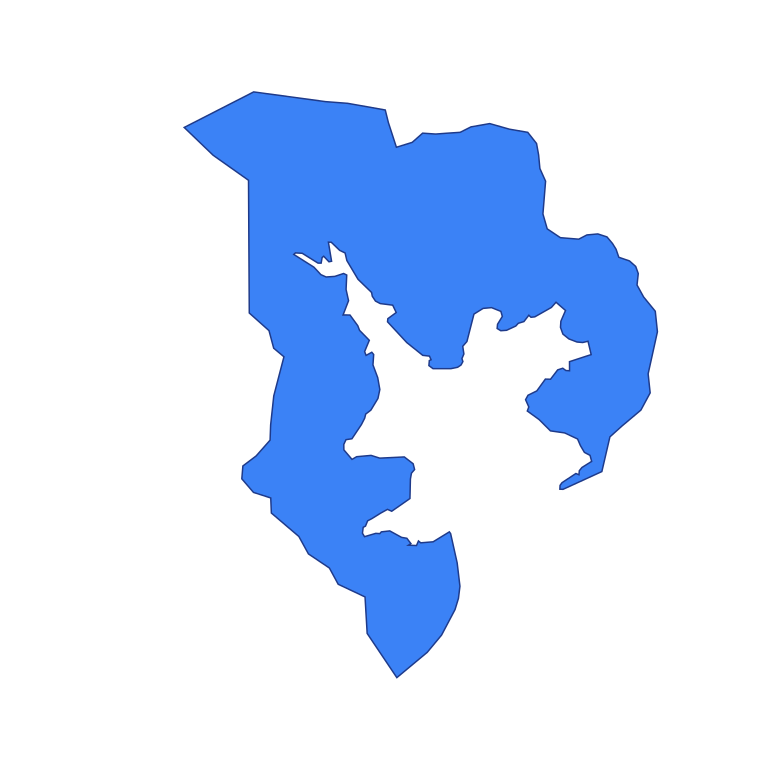 Wouri, Littoral, Cameroon, rotated 285°
{"feature_id": "32672807B59545531100821", "entity_name": "Wouri", "entity_type": "district", "adm_level": 2, "iso_a3": "CMR", "parent_name": "Cameroon", "parent_adm1": "Littoral", "projection": "orthographic", "projection_center": [9.63, 4.004], "detail": "fine", "context": "isolated", "style": "filled", "palette": "blue", "viewbox_px": 768, "rotation_deg": 285, "n_neighbors": 0, "source": "geoboundaries", "source_scale": "gbopen_adm2", "svg_char_len": 2967}
<svg xmlns="http://www.w3.org/2000/svg" viewBox="0 0 768 768"><g transform="rotate(285 384 384)"><path d="M281.4,279.1L268.3,268.9L255.6,271.2L245.5,286.0L244.6,304.1L230.2,308.6L214.7,341.2L200.3,355.0L192.1,378.9L178.7,391.6L173.4,420.8L138.7,432.3L103.7,472.4L136.0,495.2L156.4,504.6L164.3,506.4L184.5,511.0L196.2,511.4L208.3,509.7L230.1,501.0L256.7,487.1L258.1,485.4L244.3,472.3L240.1,460.6L241.3,457.9L236.4,457.2L234.6,449.3L236.8,451.3L240.9,446.0L240.4,440.7L243.6,427.6L240.5,419.7L238.4,418.7L237.6,414.7L231.5,404.7L234.3,401.8L240.2,401.0L241.9,402.9L247.6,403.6L250.7,407.0L258.1,413.9L263.8,419.8L263.1,424.4L280.1,438.7L299.1,434.1L305.0,433.6L309.3,435.7L314.5,432.8L318.8,422.5L311.3,399.1L311.7,390.0L306.7,376.4L306.3,376.0L302.9,372.6L310.0,362.3L315.2,360.8L320.4,361.7L322.8,367.2L339.0,372.7L346.0,374.2L350.2,374.1L355.4,378.1L368.5,381.9L377.6,381.4L388.5,376.3L399.6,368.4L409.8,366.4L411.5,364.0L407.0,359.3L410.3,356.9L422.4,358.5L429.5,346.5L433.5,343.6L441.8,333.3L441.0,330.0L440.1,326.6L455.3,328.2L465.5,322.9L479.6,319.8L480.3,316.4L475.2,308.6L472.4,300.4L473.3,294.7L478.7,286.1L485.8,263.3L487.7,264.5L489.1,271.2L483.7,288.9L484.5,292.0L490.2,291.5L491.8,292.7L487.8,299.2L489.0,301.6L506.6,293.6L507.3,296.3L501.6,306.6L500.5,312.5L493.6,316.2L478.4,331.8L469.2,348.3L465.7,350.0L461.9,354.3L460.7,359.6L462.4,372.0L456.2,377.3L448.1,370.8L445.0,371.3L429.9,395.3L421.7,414.0L422.7,420.7L419.6,423.2L418.4,421.7L413.4,422.6L411.5,427.4L416.1,444.6L419.2,450.8L422.3,453.5L426.1,454.4L428.7,452.7L433.7,453.4L440.8,450.3L446.5,453.1L474.8,452.8L477.9,455.7L482.7,460.2L485.6,468.1L484.4,478.1L479.9,480.8L471.1,478.2L466.9,478.9L465.7,483.0L467.6,488.5L474.1,496.3L477.4,498.0L480.5,503.0L487.9,506.1L486.5,508.7L487.9,512.3L501.3,525.9L507.5,529.0L502.0,540.3L490.4,538.6L484.4,539.8L478.5,543.9L475.4,550.9L474.5,559.5L475.5,565.2L478.1,570.0L466.0,576.5L463.9,573.2L453.6,557.4L444.8,559.8L444.1,556.2L445.5,552.6L442.6,548.1L431.7,543.6L430.5,538.6L416.9,533.4L410.4,526.0L405.5,524.8L399.3,529.8L395.0,529.4L389.8,543.0L381.8,556.9L381.9,557.8L383.5,571.1L381.0,585.2L375.3,589.7L369.8,595.3L368.4,601.5L363.0,604.6L354.6,596.8L350.8,595.1L346.8,595.8L347.2,592.5L334.8,581.5L331.7,580.3L327.9,581.1L328.6,584.2L355.8,617.1L391.4,615.9L405.1,624.8L425.3,638.9L444.3,643.4L462.2,636.5L505.2,634.6L524.5,627.2L535.2,612.3L545.1,602.8L556.5,601.0L562.7,596.7L566.4,589.3L567.2,578.0L574.2,573.3L578.9,568.3L583.8,561.3L584.3,551.7L580.5,541.4L574.3,534.6L571.0,516.5L576.1,501.5L589.4,493.5L621.7,487.6L632.5,478.8L645.2,474.1L655.8,469.1L664.3,457.7L662.6,439.2L662.9,418.7L654.9,401.5L646.8,392.4L642.3,379.2L638.8,369.2L636.3,356.4L624.7,348.7L615.9,334.7L629.3,326.0L637.6,320.6L649.0,314.3L645.7,276.2L641.6,254.4L632.4,182.5L580.1,124.6L560.7,159.8L545.7,200.4L417.7,235.5L405.8,259.1L390.0,268.2L384.4,280.3L344.0,280.6L315.1,285.1L300.3,288.5L281.4,279.1Z" fill="#3b82f6" stroke="#1e3a8a" stroke-width="1.5"/></g></svg>